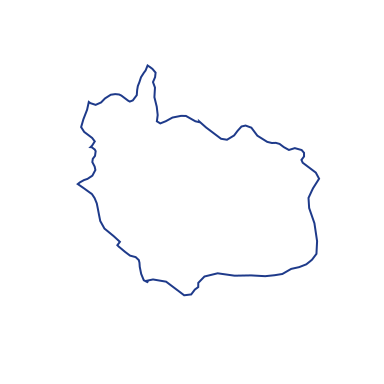 SVG path tracing the border of Brod, rotated 127°
{"feature_id": "MKD-2944", "entity_name": "Brod", "entity_type": "Statistical Region", "adm_level": 1, "iso_a3": "MKD", "parent_name": "North Macedonia", "parent_adm1": "", "projection": "robinson", "projection_center": [21.2, 41.634], "detail": "fine", "context": "isolated", "style": "outline", "palette": "blue", "viewbox_px": 384, "rotation_deg": 127, "n_neighbors": 0, "source": "natural_earth", "source_scale": "10m", "svg_char_len": 1799}
<svg xmlns="http://www.w3.org/2000/svg" viewBox="0 0 384 384"><g transform="rotate(127 192 192)"><path d="M173.8,55.4L176.0,55.9L181.0,57.2L187.5,61.2L193.7,66.5L199.1,68.8L203.1,70.5L208.7,75.9L215.2,82.9L223.1,94.7L233.2,107.6L241.5,122.6L252.0,131.2L260.8,132.3L264.2,129.8L268.2,131.0L274.3,131.0L279.2,136.1L279.2,152.0L279.2,158.7L285.3,170.5L290.1,174.7L290.7,172.7L291.5,177.4L288.0,183.3L283.2,188.7L280.1,191.4L278.4,193.5L277.9,197.8L280.1,203.2L280.1,209.6L279.7,217.7L279.4,219.6L277.9,219.6L275.2,219.6L274.4,227.8L273.9,239.9L270.4,247.8L266.4,252.3L261.6,257.6L258.4,261.2L255.5,266.1L253.9,270.6L254.1,280.8L254.4,288.0L251.7,287.3L247.4,285.4L244.5,283.4L238.9,281.4L232.6,282.4L230.3,285.0L228.1,289.6L225.2,291.2L221.5,291.2L217.4,293.5L216.6,295.2L216.6,299.1L217.2,300.0L215.0,299.7L210.1,300.1L208.9,304.3L208.9,308.3L208.9,314.3L206.9,319.6L199.3,322.5L189.4,325.3L182.2,328.6L182.2,326.7L180.4,321.4L175.2,318.5L169.6,317.8L163.2,315.4L160.0,312.2L158.0,308.9L157.5,306.5L157.5,302.2L157.5,297.9L157.2,296.1L154.5,294.4L147.9,294.4L143.5,297.2L140.0,299.0L136.0,300.1L131.0,301.8L125.8,302.2L122.9,302.2L117.7,303.6L117.5,300.4L117.5,297.7L118.6,292.9L122.5,290.6L127.7,289.3L130.9,284.4L138.9,279.1L145.1,271.5L151.2,265.7L156.7,262.6L156.3,258.6L151.2,255.5L144.3,252.4L137.8,246.6L134.9,242.6L133.5,231.9L131.7,227.9L131.3,228.4L132.0,219.5L132.0,209.3L132.0,200.8L129.2,195.5L121.5,192.4L115.7,192.4L109.9,191.9L106.7,189.2L104.9,183.3L107.7,173.7L106.7,162.1L104.8,157.7L102.3,154.6L100.9,151.0L100.9,145.7L100.1,139.9L95.1,136.3L92.5,129.7L93.3,126.1L96.2,123.9L100.5,123.9L102.0,121.2L102.0,114.5L102.0,104.8L104.9,98.5L116.1,97.6L119.2,97.0L126.6,95.4L134.3,88.8L143.3,75.4L156.0,62.5L166.5,55.4L173.8,55.4Z" fill="none" stroke="#1e3a8a" stroke-width="2"/></g></svg>